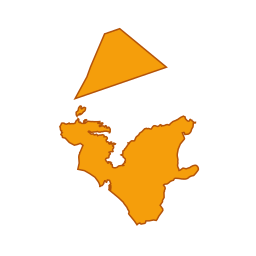 outline of Yunguyo, Puno, Peru, rotated 251°
{"feature_id": "86281439B12853794750589", "entity_name": "Yunguyo", "entity_type": "district", "adm_level": 2, "iso_a3": "PER", "parent_name": "Peru", "parent_adm1": "Puno", "projection": "robinson", "projection_center": [-69.037, -16.305], "detail": "fine", "context": "isolated", "style": "filled", "palette": "amber", "viewbox_px": 256, "rotation_deg": 251, "n_neighbors": 0, "source": "geoboundaries", "source_scale": "gbopen_adm2", "svg_char_len": 5837}
<svg xmlns="http://www.w3.org/2000/svg" viewBox="0 0 256 256"><g transform="rotate(251 128 128)"><path d="M111.4,193.6L111.5,192.9L112.3,191.7L113.0,191.6L113.8,190.9L114.6,190.9L115.1,190.1L115.9,189.6L115.8,189.3L114.8,188.4L114.7,187.4L115.3,186.7L116.0,186.2L117.9,185.4L118.8,185.3L119.8,185.6L121.2,184.2L121.0,182.9L121.0,181.8L120.4,179.5L119.8,177.5L119.8,176.5L119.6,175.7L119.5,172.7L118.3,169.4L117.4,168.3L117.6,167.5L118.3,166.7L118.7,165.2L118.5,163.9L118.6,162.5L118.9,161.3L118.9,160.3L119.2,160.2L119.7,160.6L120.6,159.6L119.8,157.7L119.7,156.8L120.0,156.1L121.4,154.3L121.7,153.1L121.2,151.8L119.6,149.8L119.5,149.5L119.8,148.8L120.9,147.2L121.1,145.8L121.7,145.3L121.8,143.4L120.0,139.9L119.5,137.8L119.1,137.0L118.4,136.5L117.4,134.5L117.1,133.2L116.0,131.9L113.9,130.1L114.1,128.6L114.5,127.9L114.7,127.0L114.3,126.1L114.1,125.3L113.3,124.4L113.8,123.5L113.9,123.1L113.7,123.1L112.8,123.6L111.8,121.8L111.0,121.0L110.5,120.1L109.9,119.5L109.2,118.0L108.1,116.9L108.1,116.1L107.9,115.7L105.0,114.6L104.8,114.1L105.0,112.9L104.9,112.6L103.2,114.1L102.5,114.2L102.1,114.0L101.5,114.5L100.8,114.7L100.0,115.3L99.6,115.3L97.7,114.8L97.5,114.1L96.9,113.7L96.3,113.9L96.0,112.6L95.4,112.0L95.3,111.3L94.0,111.7L94.1,110.8L94.7,109.7L94.8,108.7L95.1,107.3L95.1,106.7L94.4,104.9L94.5,102.9L95.2,101.4L96.0,100.6L98.6,101.1L98.9,100.9L99.1,100.2L100.0,100.2L100.4,100.9L101.0,100.5L101.4,100.5L102.4,98.5L102.2,98.3L101.5,98.8L101.2,98.1L101.5,97.4L102.9,97.2L103.9,96.6L105.4,96.4L106.3,97.2L106.4,98.4L106.2,99.4L106.3,100.2L108.4,101.3L109.0,102.5L109.4,102.9L110.0,102.9L111.0,102.1L111.3,102.2L111.3,104.0L110.6,105.8L110.8,106.3L111.9,106.2L112.8,106.5L113.8,107.8L114.5,108.2L115.1,108.3L115.9,107.6L116.3,107.7L116.5,108.1L116.8,109.3L116.9,110.8L117.1,111.0L118.0,110.1L118.5,109.2L118.5,108.5L118.1,107.6L118.5,107.4L118.5,106.8L119.5,107.0L120.1,107.7L120.3,107.5L120.2,106.8L119.8,105.8L119.0,105.3L119.5,104.8L120.8,105.0L121.7,104.2L121.8,103.4L123.2,103.2L124.0,103.6L124.3,104.5L124.7,105.0L125.7,105.2L126.5,104.8L127.0,104.4L127.5,102.6L127.8,102.8L128.8,102.9L129.3,102.7L130.1,101.4L130.0,100.5L130.4,99.5L130.7,98.3L130.6,96.8L131.5,96.7L132.4,96.1L132.3,94.4L132.7,93.6L133.6,93.5L133.9,92.8L133.9,91.8L134.8,90.6L136.1,90.3L136.4,89.8L137.4,89.2L137.8,89.6L137.7,90.2L137.4,90.8L136.3,91.5L135.8,92.1L135.0,95.9L134.7,96.8L134.8,97.8L133.8,98.9L133.2,100.3L133.1,101.0L133.3,101.5L132.8,102.7L132.7,104.3L132.1,106.4L131.3,107.7L130.4,109.5L130.2,109.5L129.6,108.9L129.5,109.1L130.2,109.9L132.7,110.8L134.7,110.4L135.2,109.7L135.3,109.2L135.2,108.8L134.8,109.3L134.5,108.9L135.0,108.0L135.3,108.5L135.7,108.0L137.2,108.0L137.5,107.6L137.5,107.3L136.9,106.8L136.6,106.2L137.7,105.7L138.3,104.7L138.6,103.8L138.5,101.8L139.1,101.5L139.4,101.6L140.0,104.8L140.2,105.4L140.6,105.7L141.0,105.7L141.2,105.4L141.5,103.4L141.4,102.3L141.9,102.0L142.2,101.1L142.5,101.2L143.0,103.4L143.3,103.5L143.6,102.2L145.0,98.0L145.7,96.5L146.0,95.4L147.7,91.8L147.3,91.6L147.1,90.6L146.5,89.4L146.5,89.1L147.3,88.8L148.2,89.3L148.8,89.9L149.1,91.2L149.3,91.4L149.5,91.2L149.7,89.8L149.3,89.3L149.0,88.4L148.4,88.4L147.8,88.0L146.7,87.8L147.4,85.8L147.9,85.2L149.0,84.9L149.2,84.5L148.9,84.1L149.0,83.8L149.6,83.5L150.4,83.5L151.6,84.2L152.5,84.2L153.1,83.8L152.0,82.7L152.0,81.7L149.7,79.3L149.9,77.5L150.4,76.5L150.9,74.3L151.9,73.9L151.5,72.7L151.8,72.1L151.6,71.2L152.4,69.8L153.4,69.1L154.0,67.7L154.1,66.7L153.3,66.1L151.3,63.9L150.8,64.2L149.0,63.7L148.0,63.6L147.5,63.7L147.1,64.3L145.9,63.8L145.0,64.3L144.6,63.4L143.6,62.4L142.3,63.2L140.4,63.0L138.8,65.4L133.4,67.8L129.2,71.7L128.9,74.5L129.0,77.9L126.3,79.8L121.1,75.2L120.4,74.3L119.2,73.8L118.4,72.9L116.6,72.0L110.7,70.4L105.3,67.1L101.9,72.9L97.4,76.9L92.3,80.7L87.0,82.4L85.1,82.7L82.8,82.7L81.9,82.3L81.8,82.6L82.2,83.4L82.0,84.5L82.3,85.3L83.4,87.0L84.3,87.3L84.7,87.9L85.7,88.8L85.6,89.2L84.7,89.6L84.0,89.6L83.7,90.1L85.6,91.6L85.5,91.9L84.5,93.5L81.0,93.6L80.7,93.3L80.2,92.1L79.7,92.2L79.5,92.9L79.2,93.0L77.5,92.5L74.8,91.2L74.7,91.1L74.9,91.0L75.9,91.2L76.6,91.0L77.9,91.4L79.7,91.5L79.6,91.2L78.9,91.2L76.6,90.3L75.9,89.8L65.3,96.3L59.3,99.4L57.7,99.7L53.3,101.2L51.3,101.3L49.1,101.8L48.0,101.7L47.1,100.8L46.1,100.8L38.0,103.8L33.6,105.0L34.2,106.2L34.3,108.3L33.5,108.6L32.9,109.1L32.4,112.6L32.6,113.5L33.0,113.9L34.1,114.4L34.3,114.7L33.3,117.9L32.7,122.3L31.4,124.6L32.1,125.7L34.7,128.5L37.6,132.7L38.7,134.1L40.2,134.5L44.5,133.2L47.0,136.6L48.3,137.0L50.5,139.5L55.6,141.1L56.0,141.7L57.1,142.1L58.4,143.3L59.2,143.6L60.4,143.6L62.4,142.9L62.7,143.2L62.9,144.5L62.4,146.7L62.8,148.4L63.7,150.6L63.9,152.5L63.8,154.0L64.6,154.8L65.0,155.5L65.1,156.3L63.8,159.5L62.2,162.5L61.4,164.6L61.1,165.4L60.9,167.2L61.1,168.5L61.9,170.5L61.8,171.3L62.0,172.2L61.7,174.4L61.9,175.1L63.3,177.6L65.2,180.4L66.0,181.1L66.7,181.3L67.8,181.4L69.0,181.2L69.9,180.7L70.6,180.1L71.0,179.0L71.2,177.2L70.9,174.9L70.5,173.7L70.5,169.7L72.2,167.0L71.2,163.7L71.2,162.4L71.6,162.4L72.6,162.7L74.9,162.4L76.7,162.7L78.6,163.8L80.1,164.1L81.8,164.9L85.7,165.5L87.3,166.1L91.6,168.5L95.8,172.2L99.2,177.7L99.7,178.0L105.8,177.8L105.7,179.2L105.4,179.7L103.4,179.7L103.3,179.9L102.6,182.8L102.9,184.4L104.1,186.3L106.2,187.8L107.9,189.8L111.2,191.3L111.2,192.2L110.9,193.1L110.9,193.4L111.4,193.6ZM224.6,152.5L224.6,136.5L198.0,112.5L189.7,105.8L173.0,87.5L173.0,184.1L224.6,152.5ZM163.0,87.8L160.8,86.5L160.2,85.4L160.0,84.5L159.7,84.1L157.6,83.4L156.4,83.4L155.8,83.6L156.1,83.8L156.1,84.4L156.7,85.4L157.2,86.8L157.1,87.7L156.9,87.9L156.3,86.5L156.2,86.8L156.2,87.8L156.8,89.6L157.2,90.0L157.4,90.7L157.9,91.1L158.0,92.3L159.0,93.5L159.9,94.0L160.8,94.4L161.6,93.7L161.8,93.1L161.7,92.4L161.9,92.1L161.7,91.7L161.2,91.2L161.3,90.2L162.1,90.0L163.6,90.9L164.1,90.6L164.3,90.1L164.2,89.4L163.0,87.8Z" fill="#f59e0b" stroke="#b45309" stroke-width="1.5"/></g></svg>